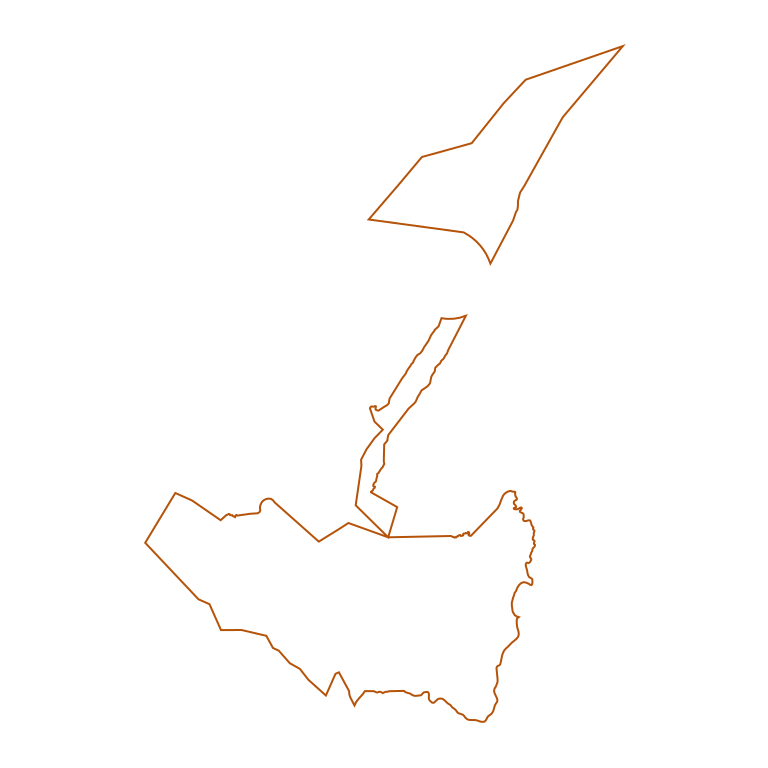 Grímsnes- og Grafningshreppur, Suðurland, Iceland (Albers equal-area conic projection)
{"feature_id": "244011B74100778143587", "entity_name": "Grímsnes- og Grafningshreppur", "entity_type": "district", "adm_level": 2, "iso_a3": "ISL", "parent_name": "Iceland", "parent_adm1": "Suðurland", "projection": "albers", "projection_center": [-20.782, 64.303], "detail": "fine", "context": "isolated", "style": "outline", "palette": "amber", "viewbox_px": 768, "rotation_deg": 0, "n_neighbors": 0, "source": "geoboundaries", "source_scale": "gbopen_adm2", "svg_char_len": 6103}
<svg xmlns="http://www.w3.org/2000/svg" viewBox="0 0 768 768"><path d="M145.2,542.8L198.5,599.3L209.5,604.2L221.0,630.1L241.5,630.0L266.3,635.8L273.0,648.0L278.7,650.6L289.8,663.2L299.9,668.9L308.4,679.8L325.9,695.5L335.5,673.8L338.9,672.3L349.1,691.1L349.3,694.1L349.8,695.9L350.5,697.8L354.5,705.5L356.2,701.9L358.8,698.6L362.8,694.1L364.9,691.1L373.7,691.1L376.3,692.3L377.4,692.5L378.8,691.9L379.7,691.7L380.9,692.0L382.8,693.1L385.5,691.8L387.9,691.7L389.0,691.2L404.1,690.9L405.0,691.8L406.0,692.4L410.2,693.6L411.9,694.8L413.9,695.7L415.6,695.9L420.9,695.3L421.4,694.9L423.3,692.8L424.2,692.3L426.2,692.0L427.2,692.0L428.0,692.2L428.5,692.8L428.8,693.7L429.0,695.0L428.8,697.7L428.9,698.9L429.4,700.0L430.2,701.0L432.2,702.7L433.5,702.8L434.0,702.6L438.0,699.0L440.2,698.5L442.3,698.8L443.1,699.2L444.1,699.9L447.7,703.3L450.6,705.2L452.0,707.1L455.3,709.6L456.0,710.4L457.6,712.6L458.3,713.1L463.0,714.8L464.3,716.2L465.0,717.3L466.8,719.0L468.9,719.9L475.5,720.1L476.9,720.4L479.8,721.4L482.1,721.9L484.3,721.7L485.3,720.9L486.1,719.9L487.5,717.2L488.2,716.2L491.4,713.9L492.9,711.7L493.4,710.6L494.6,706.3L495.0,705.1L496.1,703.2L496.9,702.2L497.3,701.2L497.4,700.2L497.2,699.1L496.6,697.5L494.8,693.7L494.3,692.2L494.1,691.0L494.2,690.9L494.2,690.4L494.3,689.4L494.8,688.2L495.9,686.4L497.1,683.3L497.4,682.2L497.6,681.1L497.6,679.5L496.5,668.2L496.7,667.3L497.4,666.2L498.2,665.7L499.0,665.5L499.8,664.9L500.3,664.1L500.7,662.5L502.1,655.7L502.8,653.4L503.8,651.2L504.5,650.1L505.8,648.6L507.3,647.3L511.9,642.6L516.3,639.0L518.0,636.9L518.5,635.7L518.7,634.5L518.7,633.2L518.5,631.6L517.2,627.3L516.8,623.8L516.7,620.5L516.8,619.4L517.2,618.3L518.8,617.1L516.7,616.4L514.7,615.1L513.0,612.2L512.6,611.2L511.8,605.1L511.8,603.2L512.1,601.6L513.1,597.6L513.9,595.6L514.6,593.0L516.0,591.0L517.4,587.6L518.9,585.3L520.2,583.9L521.4,583.0L523.5,582.2L525.8,582.5L528.8,583.8L530.0,584.7L531.2,585.1L532.1,584.4L532.4,582.8L532.4,580.1L532.2,579.2L531.7,578.6L529.3,577.2L528.0,575.0L527.5,573.0L527.1,570.4L525.9,566.3L525.7,564.6L526.1,563.4L526.5,562.8L527.2,562.7L528.4,563.0L529.4,562.7L530.4,561.4L531.3,559.7L531.1,558.7L530.0,557.1L529.9,556.1L530.5,555.1L531.2,552.8L532.1,551.2L532.7,548.6L534.5,546.6L534.9,545.8L535.0,545.1L534.9,544.6L534.1,544.1L533.9,543.7L533.9,543.4L534.1,542.4L534.6,541.3L534.5,541.0L534.0,540.3L533.0,539.8L532.8,539.6L532.7,538.9L533.2,536.6L533.8,535.4L533.8,535.0L533.8,533.7L533.9,532.3L534.4,531.4L534.5,530.9L534.1,530.3L533.1,529.3L533.1,528.3L533.4,527.6L533.3,527.3L532.8,526.9L531.8,525.4L531.4,524.2L530.6,521.4L530.3,520.9L529.9,520.4L528.4,520.3L526.0,521.1L525.3,521.1L524.0,520.9L523.4,520.2L523.2,519.7L523.1,518.9L523.7,517.5L523.6,514.4L523.4,513.9L522.7,513.2L520.6,512.3L520.1,512.0L519.8,511.3L519.8,511.0L520.0,510.6L520.8,509.8L521.7,508.4L521.8,508.1L521.5,507.7L520.9,507.5L520.4,507.6L517.8,509.1L516.8,509.3L514.6,509.2L513.9,508.8L513.8,508.5L513.9,508.1L514.4,507.8L515.5,507.6L515.8,507.4L516.1,506.8L515.9,506.1L515.3,505.1L514.1,503.9L513.9,503.5L513.8,502.9L513.9,501.8L514.5,500.9L516.8,499.6L516.9,498.5L516.0,496.9L515.5,496.1L515.3,495.7L515.3,494.6L515.1,494.0L515.0,493.3L515.3,492.2L515.1,491.9L514.6,491.7L512.2,491.6L511.6,491.2L510.4,491.0L508.3,491.4L505.9,492.7L503.8,494.6L502.9,496.1L501.2,500.0L499.6,504.5L497.6,508.3L471.4,535.3L470.7,535.9L470.1,535.9L469.3,535.4L468.7,535.3L468.6,534.7L468.8,534.6L469.3,533.7L469.2,533.5L468.6,533.4L468.8,532.7L468.9,532.3L468.1,531.9L467.9,532.1L467.8,533.0L467.4,533.2L467.0,533.3L465.8,533.0L465.3,533.5L463.6,533.6L463.2,534.1L463.1,535.4L462.5,535.5L461.9,535.9L461.0,536.0L460.3,535.1L459.1,535.2L458.1,536.1L457.7,536.1L457.6,536.4L457.3,536.6L456.9,536.6L456.3,536.9L456.0,537.4L455.3,537.2L454.7,537.6L453.9,537.1L453.3,537.1L453.1,536.9L452.2,536.7L451.8,536.3L450.7,536.0L388.2,537.3L348.4,523.0L339.8,528.6L318.8,541.6L274.9,502.6L272.9,500.2L270.8,498.8L268.1,498.6L266.0,499.1L263.6,500.3L261.8,502.1L260.4,505.1L260.0,507.1L260.0,508.8L260.2,509.8L260.2,510.7L259.7,511.9L258.7,512.7L257.5,513.3L249.9,513.8L237.4,515.6L237.1,515.3L236.2,515.0L235.4,516.0L235.4,516.6L235.0,517.2L234.1,516.5L232.9,516.1L232.3,515.2L230.6,515.3L230.1,515.1L229.6,514.1L228.7,514.0L227.2,514.9L226.5,515.0L220.6,520.2L192.1,500.5L175.3,493.0L145.2,542.8ZM368.7,219.5L463.7,232.4L468.6,235.3L472.5,238.1L476.1,241.2L480.0,245.3L483.0,249.1L486.1,253.9L488.6,259.0L490.4,263.6L513.1,220.5L516.0,211.9L516.9,210.6L517.3,209.7L517.5,209.1L517.9,206.0L518.0,200.9L519.7,194.0L520.2,192.4L524.6,185.4L562.7,117.3L622.8,46.1L525.7,79.7L503.7,103.2L471.7,143.2L421.9,157.0L397.9,185.6L368.7,219.5ZM388.2,537.3L397.2,507.1L371.0,492.3L370.9,492.1L370.9,491.9L372.8,490.5L373.6,488.6L374.7,487.8L374.9,486.7L374.0,486.4L373.5,486.2L373.3,485.7L373.3,485.2L373.4,484.5L374.4,482.7L375.9,481.5L376.6,478.2L377.2,476.0L377.3,475.5L377.1,474.9L377.1,474.3L377.4,473.8L378.6,472.9L378.8,472.4L380.2,470.3L380.6,469.4L382.8,466.9L383.5,465.3L384.3,463.9L384.3,463.6L384.0,462.8L383.8,460.8L384.2,444.4L387.4,440.5L387.6,438.3L388.3,435.0L408.5,408.7L414.2,403.4L415.3,402.1L415.7,401.6L417.9,396.6L420.1,393.2L421.2,390.9L421.9,390.1L424.1,388.7L427.4,386.4L429.6,383.9L430.2,382.5L431.2,377.1L432.3,374.9L434.5,371.8L434.8,371.1L434.9,370.7L435.2,368.1L435.3,367.7L438.0,365.0L439.8,363.6L440.7,362.1L441.3,360.7L443.2,359.1L443.9,358.2L445.1,355.8L447.0,353.4L448.2,350.1L465.9,315.7L460.2,317.6L454.2,318.7L448.2,318.9L445.2,318.7L441.5,318.2L438.7,326.0L438.4,326.5L434.7,329.9L434.3,330.9L431.1,335.1L428.6,340.6L425.4,345.4L424.5,346.5L422.1,351.0L420.1,353.4L417.4,355.0L415.7,357.2L413.6,360.9L413.2,362.2L412.5,363.1L411.5,364.0L410.1,366.4L409.0,367.7L407.5,370.0L406.5,371.6L406.0,373.1L405.4,374.0L402.1,378.4L389.6,398.5L388.7,403.5L386.7,405.4L384.2,406.8L378.5,410.6L377.1,410.3L375.9,409.8L375.6,409.4L375.5,408.9L375.9,406.9L375.9,406.4L375.7,406.2L375.0,406.1L373.8,406.7L372.7,406.5L371.2,406.5L370.0,408.0L369.9,408.2L374.5,421.6L382.8,429.7L374.6,438.1L366.5,449.3L361.1,459.7L361.4,466.0L355.7,505.3L388.2,537.3Z" fill="none" stroke="#b45309" stroke-width="2"/></svg>